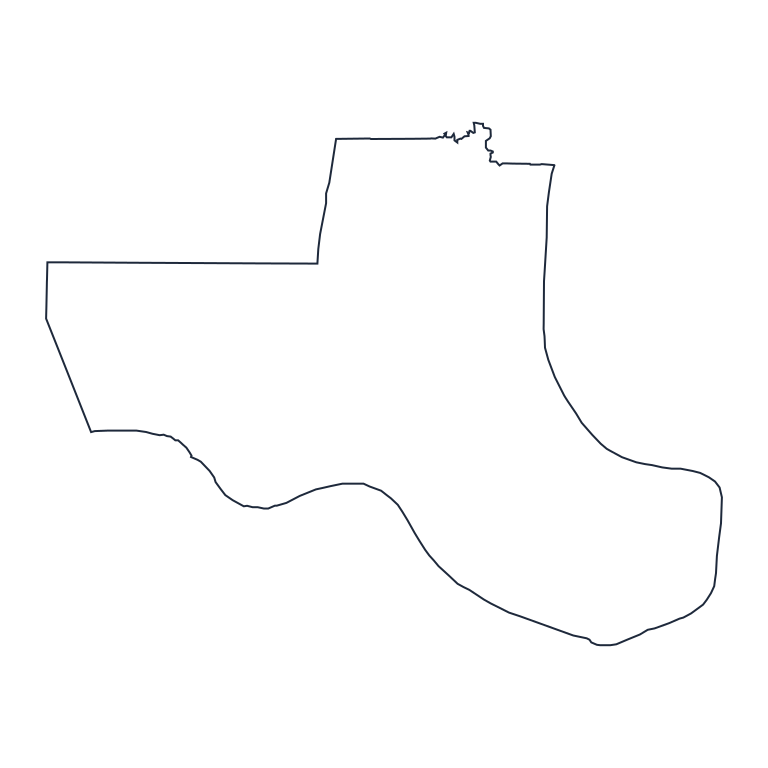 Sabach Sanjar, North Bank, Gambia
{"feature_id": "56634734B86795933582352", "entity_name": "Sabach Sanjar", "entity_type": "district", "adm_level": 2, "iso_a3": "GMB", "parent_name": "Gambia", "parent_adm1": "North Bank", "projection": "albers", "projection_center": [-15.427, 13.542], "detail": "fine", "context": "isolated", "style": "outline", "palette": "slate", "viewbox_px": 768, "rotation_deg": 0, "n_neighbors": 0, "source": "geoboundaries", "source_scale": "gbopen_adm2", "svg_char_len": 2860}
<svg xmlns="http://www.w3.org/2000/svg" viewBox="0 0 768 768"><path d="M91.1,432.1L94.8,431.1L107.8,430.6L119.3,430.6L129.1,430.6L129.5,430.6L136.4,430.6L146.1,432.0L152.6,433.8L157.2,434.7L159.6,435.2L163.7,434.7L167.0,436.1L170.7,436.6L170.9,436.8L173.0,438.4L175.3,440.3L178.1,440.3L181.3,443.1L181.9,443.7L183.2,444.9L186.4,447.7L188.3,450.5L189.6,452.4L191.5,455.6L191.0,457.0L197.5,459.8L200.8,461.7L209.6,470.9L214.0,477.2L214.2,477.5L215.6,482.1L220.7,489.1L225.3,495.1L232.7,500.2L243.8,506.3L247.1,505.8L252.6,507.2L257.7,507.2L263.7,508.5L268.3,508.5L274.8,505.7L276.7,505.7L286.4,502.9L299.8,495.9L315.9,489.4L322.4,488.0L330.7,486.1L342.3,483.7L354.8,483.7L363.6,483.7L369.6,486.5L381.1,490.7L386.7,495.1L390.9,498.3L397.8,504.8L402.4,511.8L407.5,520.2L414.5,532.7L416.3,535.7L419.6,541.1L425.2,549.9L429.3,555.5L433.5,560.1L438.6,566.2L448.8,575.5L457.6,583.8L463.6,587.1L469.2,589.8L484.0,599.6L490.5,603.3L509.0,612.6L513.5,614.1L520.1,616.3L573.3,635.5L586.7,638.3L589.5,639.7L591.3,642.4L596.9,644.8L600.1,645.2L610.3,645.2L616.3,644.3L627.4,639.6L639.9,634.5L647.7,629.8L654.6,628.4L669.0,623.2L679.6,618.6L683.3,617.6L686.5,615.9L691.1,613.4L703.1,604.6L706.8,599.7L711.0,593.1L714.2,586.2L715.1,579.2L716.0,573.1L716.9,555.9L719.2,536.8L721.0,523.3L721.9,497.3L719.6,487.5L715.0,481.5L708.9,477.3L703.4,474.5L700.1,472.9L692.7,471.0L680.7,468.7L675.6,468.7L671.9,468.7L662.2,467.4L652.0,465.1L645.1,464.1L636.3,462.3L622.0,457.2L610.2,450.8L606.7,448.8L600.7,443.7L592.3,434.9L581.7,422.8L576.1,413.5L568.2,401.9L565.3,397.4L564.1,395.4L554.8,377.0L548.3,359.8L545.0,347.7L544.7,340.0L544.5,336.1L543.6,329.1L543.7,323.4L543.9,294.6L544.0,281.2L544.6,271.9L546.7,237.5L547.1,206.3L548.9,192.3L551.7,173.7L554.4,165.3L554.2,165.1L541.7,164.1L539.9,164.6L530.4,164.6L529.9,163.8L512.7,163.6L506.7,163.4L502.6,163.4L499.6,165.5L498.5,164.4L496.2,161.6L490.5,161.6L489.8,160.6L490.8,156.9L490.5,155.1L490.5,153.6L492.8,152.5L492.8,151.5L490.5,150.5L488.2,150.5L485.9,147.6L485.9,143.0L485.9,140.9L489.7,138.3L490.8,136.2L490.5,129.7L488.9,128.4L484.0,127.9L483.0,125.9L483.0,123.8L480.2,123.8L475.8,122.8L473.7,122.8L474.3,125.4L474.8,132.4L473.3,132.9L470.4,130.8L469.6,130.8L469.1,132.9L467.6,132.4L468.6,135.0L468.6,136.0L465.9,136.2L464.5,136.3L461.4,138.9L460.4,138.6L457.3,139.9L457.3,142.5L454.5,140.4L454.5,136.8L453.7,133.9L451.4,137.3L446.8,137.3L445.7,136.0L446.2,132.7L444.4,133.7L445.2,134.7L442.9,137.6L439.6,136.8L437.2,137.8L435.4,138.6L431.1,138.4L430.3,138.6L411.6,138.8L370.9,139.0L369.8,138.5L336.1,138.9L329.3,182.7L326.1,193.4L326.1,199.5L326.1,203.2L320.1,234.1L318.3,249.0L317.4,263.6L261.4,263.4L165.1,262.9L144.7,262.8L74.0,262.4L58.0,262.3L51.1,262.3L47.5,262.3L47.4,262.3L47.0,279.4L46.9,281.7L46.8,287.1L46.4,306.5L46.1,318.6L57.0,346.0L71.8,383.3L91.1,432.1Z" fill="none" stroke="#1e293b" stroke-width="2"/></svg>